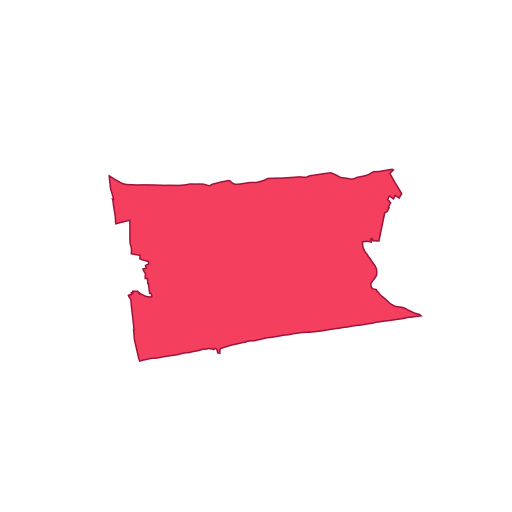 Gaza, Gaza Strip, Palestine (Albers equal-area conic projection), rotated 222°
{"feature_id": "87354302B92317438543703", "entity_name": "Gaza", "entity_type": "district", "adm_level": 2, "iso_a3": "PSE", "parent_name": "Palestine", "parent_adm1": "Gaza Strip", "projection": "albers", "projection_center": [34.448, 31.487], "detail": "fine", "context": "isolated", "style": "filled", "palette": "rose", "viewbox_px": 512, "rotation_deg": 222, "n_neighbors": 0, "source": "geoboundaries", "source_scale": "gbopen_adm2", "svg_char_len": 5935}
<svg xmlns="http://www.w3.org/2000/svg" viewBox="0 0 512 512"><g transform="rotate(222 256 256)"><path d="M272.1,100.1L271.8,100.4L270.5,102.7L268.1,105.9L265.8,109.3L264.4,110.8L263.3,111.9L261.3,113.9L256.8,119.9L248.4,130.0L245.6,134.3L243.0,137.6L241.3,139.2L239.3,142.2L235.1,147.7L233.0,151.3L231.4,152.9L230.6,153.6L229.2,155.7L227.9,156.5L226.6,157.3L225.6,157.9L224.8,158.1L224.8,158.9L224.6,159.9L223.8,160.3L222.2,160.1L220.8,159.3L219.6,158.5L218.3,159.1L217.8,159.4L218.6,160.5L219.6,161.5L220.3,162.4L220.3,163.6L219.6,165.0L218.8,166.1L217.7,168.3L216.1,170.8L215.1,172.7L213.3,175.2L210.4,179.2L207.9,182.9L206.0,185.1L205.7,186.4L205.2,187.1L204.3,188.0L203.4,189.2L200.6,191.8L198.6,194.8L195.7,198.8L193.6,202.0L190.0,206.0L186.6,210.2L182.3,215.9L179.7,218.6L178.2,220.5L176.3,223.2L174.6,225.1L173.0,227.1L170.3,230.3L165.2,235.2L164.0,236.5L161.3,239.5L158.1,243.1L155.8,245.9L152.7,249.9L148.5,255.0L145.7,258.2L143.2,261.5L140.1,264.9L137.6,268.4L134.1,272.5L132.4,274.2L130.4,276.7L127.9,280.0L124.9,283.4L122.5,287.1L120.2,289.7L115.8,295.0L113.2,297.8L110.2,301.6L107.4,304.9L105.4,307.2L103.7,309.5L103.0,310.6L101.6,312.6L99.4,314.8L94.4,320.7L93.3,322.0L95.6,321.9L96.6,321.4L97.3,321.0L98.4,320.5L99.7,319.8L100.2,319.5L100.8,319.3L101.5,319.1L102.6,318.9L103.7,318.6L105.4,318.0L106.4,317.7L107.5,317.4L108.7,317.2L109.3,317.1L110.1,316.9L110.9,316.6L111.4,316.4L112.1,316.1L113.0,315.6L113.6,315.3L114.2,314.9L115.6,313.9L117.1,312.9L118.0,312.3L119.0,311.7L119.5,311.5L119.8,311.3L120.1,311.3L120.8,311.2L121.5,311.1L122.1,310.9L122.9,310.7L123.4,310.6L124.0,310.5L124.6,310.4L126.6,310.5L128.6,310.6L129.9,310.6L131.3,310.6L132.6,310.5L133.9,310.5L135.6,310.3L137.4,310.2L138.6,310.4L139.8,310.7L140.4,310.8L141.6,310.9L142.2,310.9L143.3,311.0L143.5,311.2L143.7,311.4L144.0,311.6L145.5,310.8L146.8,309.9L147.2,309.8L147.7,309.8L148.0,309.8L148.4,309.9L148.8,310.0L149.4,310.1L149.9,310.4L150.5,310.7L150.9,311.0L151.3,311.4L151.7,311.9L151.9,312.3L152.2,312.9L152.4,313.3L152.7,316.4L152.9,319.1L153.5,322.5L155.9,325.3L157.9,327.1L161.4,328.5L165.5,329.3L169.2,330.4L171.1,330.6L171.8,330.8L172.6,331.0L174.0,331.4L179.2,332.5L179.3,332.6L179.4,332.8L179.6,332.8L182.6,334.2L186.4,337.8L183.7,340.8L183.3,341.2L182.3,341.9L181.6,342.4L181.2,342.7L179.6,343.5L181.4,344.9L181.8,345.2L182.2,345.4L181.7,346.4L180.8,345.9L180.2,346.4L179.4,345.5L174.7,349.4L186.0,368.7L186.4,369.4L187.0,370.3L187.2,370.2L187.4,370.7L187.2,370.8L189.2,374.1L188.3,376.8L189.3,380.9L190.1,380.7L191.7,385.7L193.0,385.4L193.4,386.0L196.1,385.9L196.1,386.1L196.2,386.7L196.3,387.0L196.5,387.7L196.8,388.5L196.9,389.0L196.9,389.4L196.9,389.9L192.0,390.5L193.1,394.1L188.4,394.9L189.5,399.9L193.0,400.9L201.5,403.5L211.8,406.9L211.5,411.9L212.6,411.7L213.2,411.1L215.0,409.0L216.0,407.6L217.1,406.2L218.0,405.0L221.1,401.2L222.7,399.5L224.0,398.3L224.8,397.6L225.2,396.8L225.6,395.9L225.9,394.6L226.7,392.2L227.3,390.9L228.1,389.5L229.2,387.8L231.1,385.3L232.6,383.3L233.3,382.4L233.9,381.3L234.4,380.0L235.3,378.5L236.0,377.6L237.0,376.6L240.3,374.7L242.3,373.3L244.5,371.7L245.8,371.0L247.0,370.6L249.6,370.0L251.5,369.5L252.9,369.0L253.7,368.8L255.5,368.2L256.2,367.7L260.6,362.7L267.2,354.6L269.1,352.5L270.0,351.1L270.6,349.7L271.2,348.4L272.2,347.3L276.4,344.1L278.9,341.5L288.7,331.4L293.1,327.3L296.3,324.2L298.1,322.6L299.2,321.3L300.0,319.2L300.7,317.5L302.4,314.7L305.0,310.8L307.6,308.5L310.0,306.2L316.1,298.7L318.5,296.2L320.0,295.1L321.7,294.5L323.2,294.3L324.7,294.4L325.9,294.4L326.8,293.8L331.6,287.5L334.4,283.2L336.5,280.1L337.1,278.5L337.4,277.6L337.9,276.8L341.3,275.1L343.0,274.3L345.0,272.7L350.4,267.8L352.9,265.7L355.3,262.6L357.6,259.9L360.8,256.6L367.8,250.5L371.8,246.8L378.4,241.3L383.4,237.0L387.1,233.7L392.1,229.0L394.2,227.3L396.2,225.7L399.8,222.7L402.3,221.2L404.1,220.4L406.0,219.8L408.7,219.3L412.6,218.4L418.7,217.4L417.9,216.5L413.0,212.2L409.1,208.7L401.2,203.9L400.6,203.4L399.9,202.9L400.8,202.3L400.4,202.1L400.1,202.0L399.3,201.3L398.4,200.6L397.7,199.9L397.0,199.3L392.9,195.9L390.9,194.3L389.3,193.1L388.5,192.4L387.3,191.4L386.5,190.6L385.5,189.7L384.0,188.1L381.7,186.1L379.8,189.1L379.1,190.2L378.7,190.8L376.2,194.5L373.9,197.7L373.6,198.1L368.2,192.2L365.5,189.2L361.1,184.3L358.9,182.0L358.3,181.4L357.7,180.9L357.2,180.6L355.0,179.2L353.9,178.4L353.2,177.8L352.7,177.3L352.4,177.0L351.3,175.7L350.2,174.2L342.6,178.9L340.5,176.2L339.7,176.5L338.1,177.0L337.2,177.4L333.5,179.3L332.2,180.0L330.3,178.0L330.9,177.1L331.2,176.6L331.4,176.2L331.7,175.4L331.8,175.1L329.3,173.6L331.3,170.7L329.8,170.0L328.7,169.5L327.6,169.2L327.3,169.1L327.1,169.1L326.6,168.8L325.4,168.1L325.3,167.8L325.3,167.5L325.3,167.4L324.0,165.9L323.2,165.1L321.4,166.6L320.3,165.4L319.2,164.3L318.0,163.1L317.7,163.4L317.4,163.5L317.0,163.0L315.8,162.0L312.8,159.5L311.8,158.6L311.7,158.5L311.7,158.4L310.8,157.7L310.0,157.0L309.7,157.2L309.2,157.9L309.1,158.0L308.9,157.9L308.2,157.6L306.8,156.7L306.1,156.0L306.7,155.3L307.2,154.7L307.9,154.3L308.6,153.7L309.0,153.4L309.3,153.2L309.6,153.0L310.1,152.8L310.3,152.7L310.9,152.3L311.1,152.2L311.4,152.1L313.1,151.6L314.7,151.2L315.1,151.1L316.8,150.4L317.0,150.3L317.0,150.2L317.1,149.9L317.4,150.1L317.9,150.7L318.7,149.9L319.1,150.2L319.4,150.4L319.7,150.5L320.0,150.5L320.4,150.7L320.9,150.2L321.1,149.8L322.6,148.7L323.6,147.8L323.8,147.6L324.0,147.4L323.6,146.8L323.4,146.8L323.2,146.8L323.0,146.6L322.5,146.1L323.2,145.5L323.5,145.4L323.7,145.5L324.1,145.2L322.7,144.0L323.4,143.2L324.1,142.4L323.8,142.2L324.4,141.3L323.8,141.0L323.4,140.8L323.0,140.7L322.4,140.5L320.9,140.2L320.5,140.0L319.9,139.8L319.5,139.6L319.3,139.4L319.0,139.1L318.6,138.7L318.2,138.3L315.2,135.4L314.9,135.2L309.3,130.3L304.1,125.7L297.2,119.5L297.5,119.2L295.1,116.9L291.9,113.9L290.9,112.9L290.6,112.7L290.0,112.2L288.4,111.1L286.5,109.7L285.7,109.2L285.0,108.7L280.3,105.4L275.2,101.8L272.1,100.1Z" fill="#f43f5e" stroke="#9f1239" stroke-width="1.5"/></g></svg>